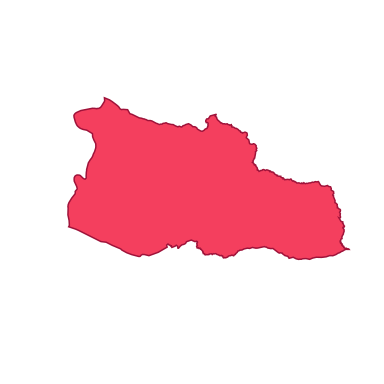 Guamal, Magdalena, Colombia, rotated 62°
{"feature_id": "7082276B25614510642734", "entity_name": "Guamal", "entity_type": "district", "adm_level": 2, "iso_a3": "COL", "parent_name": "Colombia", "parent_adm1": "Magdalena", "projection": "orthographic", "projection_center": [-74.102, 9.246], "detail": "fine", "context": "isolated", "style": "filled", "palette": "rose", "viewbox_px": 384, "rotation_deg": 62, "n_neighbors": 0, "source": "geoboundaries", "source_scale": "gbopen_adm2", "svg_char_len": 6017}
<svg xmlns="http://www.w3.org/2000/svg" viewBox="0 0 384 384"><g transform="rotate(62 192 192)"><path d="M164.8,317.2L170.2,312.1L172.6,310.2L193.0,295.7L196.0,291.4L201.7,287.4L208.7,281.7L210.3,281.2L214.9,278.2L219.0,274.6L223.9,269.3L224.4,268.4L224.4,267.7L223.9,266.7L223.9,265.0L225.0,263.2L228.0,259.9L229.4,250.1L229.0,239.8L227.8,239.6L227.0,239.3L226.6,237.9L226.8,237.5L228.1,237.1L228.6,236.4L229.5,236.3L229.8,235.5L230.4,235.9L231.5,235.8L231.9,232.3L231.6,230.9L233.1,230.2L235.0,230.8L235.3,230.3L234.3,227.8L233.9,225.8L234.4,223.7L234.4,221.9L233.3,220.2L234.1,215.2L237.2,212.7L237.6,211.1L238.4,210.6L239.0,210.8L239.4,211.8L240.0,211.8L240.3,212.2L241.6,212.3L242.0,213.4L243.2,213.5L243.6,213.8L243.8,213.7L243.7,213.4L244.0,213.2L243.9,212.8L244.1,212.5L245.1,212.4L245.3,211.3L246.6,211.4L246.8,210.8L248.4,210.6L249.0,210.3L250.0,210.7L250.3,210.3L251.5,210.9L251.7,210.5L252.3,210.4L252.5,209.9L253.2,210.2L253.9,209.5L254.1,208.6L255.0,207.1L254.9,206.4L255.2,206.2L255.0,205.5L255.8,203.6L256.7,203.5L256.5,202.1L257.0,201.6L257.6,199.9L259.0,199.2L259.5,198.5L261.4,197.2L261.8,195.8L262.6,195.6L262.8,195.0L264.5,195.3L265.0,195.1L265.0,194.3L265.3,194.2L266.0,192.9L265.9,192.5L266.2,191.0L265.8,190.5L265.8,189.2L266.4,187.6L266.3,186.9L266.6,186.2L267.8,185.3L267.9,185.1L267.4,184.2L267.5,183.0L267.1,182.8L266.5,180.4L265.7,179.2L266.0,178.3L265.8,177.2L266.7,175.0L266.7,172.9L267.6,169.4L268.9,167.6L269.3,164.7L271.4,162.2L272.3,160.4L274.2,153.7L274.8,153.3L275.6,152.1L276.9,151.5L278.9,149.1L279.9,147.0L286.1,144.2L286.9,143.6L287.3,142.2L288.0,141.6L288.2,141.1L289.2,141.0L291.8,139.8L291.9,139.4L292.5,139.1L293.7,137.6L296.1,137.4L297.1,133.3L299.9,131.4L301.7,129.3L301.9,128.4L302.7,127.1L302.9,125.6L304.3,122.6L306.7,119.7L307.0,116.4L308.0,112.8L310.5,108.4L312.2,104.0L312.8,100.3L314.4,97.5L314.8,94.3L314.6,91.6L314.9,90.2L314.7,88.0L314.9,86.7L314.7,84.1L315.1,82.6L316.4,80.3L315.8,80.4L314.8,81.9L314.2,82.0L313.8,83.4L313.0,83.4L312.3,84.1L311.4,83.5L311.0,83.6L310.4,84.4L309.7,84.1L309.3,84.5L309.0,84.1L308.6,84.3L308.3,83.9L307.2,84.8L306.9,84.4L306.1,84.7L305.5,84.5L305.7,84.1L304.8,84.2L304.7,84.0L304.8,83.7L303.5,82.6L303.6,81.4L302.2,80.9L301.3,79.9L300.2,78.1L299.3,77.5L298.3,76.3L296.6,75.4L294.6,75.6L294.1,75.3L294.0,75.0L294.3,74.5L294.3,73.9L293.7,73.4L292.8,73.7L291.1,73.4L290.4,73.7L289.7,73.1L289.1,72.9L288.7,73.6L287.9,74.2L283.8,74.4L284.6,73.8L284.0,72.7L282.8,72.3L282.1,72.3L280.9,71.2L279.1,71.2L278.8,70.2L277.7,69.4L276.9,69.4L275.8,70.2L274.5,70.6L274.1,71.1L273.2,70.4L272.2,70.3L271.2,69.6L269.3,70.2L268.5,70.8L266.7,69.7L262.5,69.3L261.9,68.8L260.8,69.2L260.2,68.6L260.0,67.6L258.0,66.8L255.9,68.1L255.3,68.1L254.3,67.4L252.5,67.2L251.1,68.9L249.9,69.2L249.2,72.3L247.4,74.8L246.6,75.2L245.1,75.4L242.6,75.4L242.0,75.6L241.8,76.9L240.7,78.3L240.6,80.1L239.8,81.1L239.6,83.1L238.9,84.5L238.8,85.8L238.1,86.7L237.9,87.9L237.5,88.4L236.3,88.9L236.7,89.9L236.3,90.2L236.3,90.6L235.6,90.8L235.8,91.6L235.2,92.4L234.2,93.2L233.3,95.2L231.7,95.8L231.3,96.4L230.8,96.4L230.5,97.0L229.8,97.2L229.5,98.1L228.5,98.4L227.2,98.4L226.8,99.0L227.0,100.0L225.8,101.5L224.6,104.5L222.9,104.7L223.0,105.4L222.1,105.2L221.5,106.0L220.6,106.4L220.2,106.6L219.8,106.3L218.5,108.4L217.7,109.1L217.4,108.9L217.3,109.4L216.9,109.3L215.1,110.5L213.4,110.7L213.0,111.2L212.3,111.2L211.6,112.6L210.8,112.7L210.1,113.1L210.4,113.7L209.3,113.9L208.1,114.9L207.4,115.9L207.4,117.2L206.1,117.9L205.7,118.4L205.5,119.2L205.8,120.0L205.3,121.2L205.3,123.1L203.8,123.2L203.5,123.9L203.1,124.1L201.9,123.2L200.8,123.1L199.6,123.5L198.2,123.1L197.5,123.5L197.4,124.2L195.9,124.0L194.2,124.7L194.1,123.9L192.8,123.2L192.4,122.2L191.4,121.3L191.5,120.8L188.0,118.0L186.8,117.2L186.3,117.1L185.8,115.4L184.3,115.2L183.8,114.2L183.0,114.3L181.6,114.0L181.3,113.6L179.5,114.0L178.4,114.8L178.2,115.2L178.2,116.3L177.9,116.9L176.9,118.1L176.1,118.4L172.7,117.4L169.6,118.6L168.5,117.6L167.9,116.5L166.0,115.8L165.4,115.9L164.0,117.1L163.6,119.9L162.7,120.0L162.1,121.0L161.3,120.8L160.5,120.9L160.1,121.5L158.7,121.8L156.7,122.9L156.1,123.9L154.3,124.8L153.3,126.3L152.7,126.3L152.3,125.7L151.7,126.0L151.0,125.7L150.7,127.4L150.0,127.6L149.3,128.6L148.4,128.8L147.7,130.6L146.9,131.4L146.4,132.5L146.0,133.0L144.9,133.4L144.4,134.3L143.3,134.4L140.2,135.6L138.8,135.6L137.4,135.2L136.2,135.9L135.7,135.8L135.1,134.4L134.7,134.4L133.4,140.2L135.0,143.1L134.4,144.8L135.3,146.2L136.0,146.7L137.5,146.8L138.0,145.7L138.9,145.5L140.1,146.4L141.1,146.7L141.4,147.4L141.9,147.5L142.9,149.2L142.7,149.8L142.7,151.3L143.2,152.2L143.2,154.5L142.2,155.7L139.0,157.7L137.6,157.7L136.2,158.4L135.2,159.6L134.8,160.6L132.4,161.4L130.1,163.0L129.5,165.8L129.6,167.5L129.2,168.7L129.7,170.0L129.6,170.9L127.9,172.4L127.9,173.6L127.7,174.0L125.7,175.7L123.6,177.0L122.7,178.5L120.3,181.3L118.7,182.4L118.4,183.9L117.8,185.3L118.0,186.7L117.3,187.9L117.1,189.2L115.1,190.7L114.6,191.3L110.5,194.0L109.3,195.3L108.2,197.4L106.3,198.7L105.9,199.3L105.1,199.8L104.7,200.5L103.1,202.0L101.8,203.8L95.4,208.4L93.7,210.1L89.1,210.2L86.7,214.0L86.1,215.6L84.8,216.5L82.5,216.7L80.7,217.3L74.8,220.0L71.9,221.6L67.7,225.1L70.3,226.2L71.0,226.9L73.7,231.5L74.4,233.2L74.4,235.0L73.7,236.6L73.8,236.9L72.5,238.6L71.3,240.7L67.9,251.9L67.6,256.3L67.7,257.8L68.0,258.8L68.8,260.2L70.5,261.0L75.4,262.1L78.6,262.3L80.1,262.1L82.5,261.2L83.8,260.4L85.7,258.7L88.0,255.9L93.7,252.5L96.6,253.8L99.7,254.2L104.1,254.3L106.5,255.4L108.0,256.4L109.7,258.1L110.9,259.4L112.2,261.3L113.5,262.6L114.7,264.3L115.8,266.7L117.6,269.8L122.7,274.5L123.5,274.9L124.9,276.0L128.4,278.1L129.5,278.5L130.0,279.0L130.4,279.9L130.4,280.4L130.0,280.9L128.8,281.7L125.0,282.9L124.1,283.7L123.0,285.5L122.9,286.9L123.1,287.9L124.1,289.3L125.8,290.3L127.3,290.9L132.9,291.2L135.0,291.7L135.6,292.2L136.6,294.8L138.2,295.6L138.8,296.2L140.9,301.0L143.6,305.6L145.1,307.3L147.0,308.6L147.5,308.6L154.0,312.3L159.5,313.9L163.4,315.7L164.2,316.3L164.8,317.2Z" fill="#f43f5e" stroke="#9f1239" stroke-width="1.5"/></g></svg>